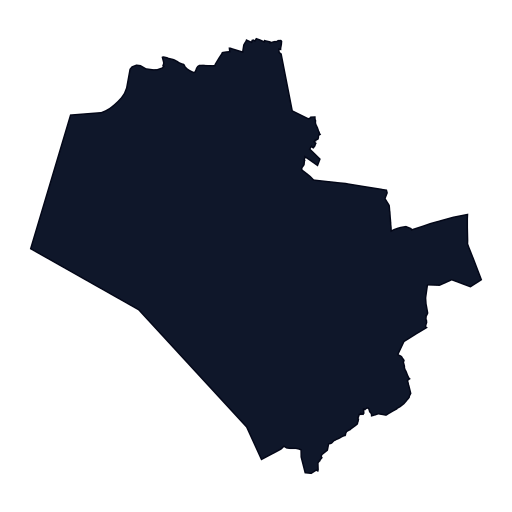 Hole nor, Buskerud, Norway (Albers equal-area conic projection)
{"feature_id": "86288312B40631627404098", "entity_name": "Hole nor", "entity_type": "district", "adm_level": 2, "iso_a3": "NOR", "parent_name": "Norway", "parent_adm1": "Buskerud", "projection": "albers", "projection_center": [10.375, 60.042], "detail": "fine", "context": "isolated", "style": "filled", "palette": "ink", "viewbox_px": 512, "rotation_deg": 0, "n_neighbors": 0, "source": "geoboundaries", "source_scale": "gbopen_adm2", "svg_char_len": 5793}
<svg xmlns="http://www.w3.org/2000/svg" viewBox="0 0 512 512"><path d="M246.7,427.0L261.5,459.4L279.8,449.7L281.0,449.0L281.9,448.2L283.9,446.2L286.7,447.9L289.8,448.3L295.3,448.3L295.8,448.3L298.6,448.9L301.1,449.8L301.2,457.0L305.2,472.7L311.2,473.3L316.2,470.1L317.8,470.9L318.1,469.8L317.9,463.4L318.0,462.8L318.5,461.9L318.9,461.7L319.0,461.5L319.1,461.3L319.2,461.1L319.7,460.9L319.9,460.6L320.1,459.8L321.9,457.7L321.7,457.3L321.5,457.1L321.1,456.3L321.4,455.5L321.8,454.8L321.9,454.5L327.3,450.2L327.4,449.9L328.6,443.8L330.5,443.5L331.6,443.0L333.9,440.6L335.0,440.2L336.1,439.5L338.1,438.7L339.9,437.8L341.7,436.7L343.9,435.7L345.1,435.5L345.4,434.9L345.6,433.6L345.8,433.0L346.4,431.8L346.6,431.5L348.8,430.2L350.0,429.7L350.4,429.3L350.8,428.9L354.6,426.1L355.2,425.7L356.9,424.3L357.3,423.9L357.5,423.2L357.5,422.8L357.5,422.6L357.4,422.3L357.4,422.2L357.7,422.1L357.9,421.9L358.0,421.7L358.0,421.1L358.2,420.6L358.2,420.0L358.4,419.5L358.5,419.1L358.4,419.0L358.0,418.8L357.9,418.5L357.9,418.1L357.9,417.9L358.6,416.7L358.4,416.2L359.0,415.2L358.9,414.7L359.0,414.4L359.3,414.4L359.5,414.3L359.9,414.4L360.1,414.3L360.8,414.2L360.8,414.3L361.0,414.3L361.0,414.1L361.2,414.3L361.3,414.3L361.6,414.1L361.8,414.1L361.7,413.9L361.9,414.0L362.1,413.9L362.2,414.1L362.8,414.3L363.1,414.3L363.3,413.8L363.4,413.6L363.6,413.3L363.8,413.2L363.8,412.9L363.8,412.7L363.6,412.6L363.6,412.2L363.7,411.8L363.7,411.3L363.5,410.8L363.4,410.6L363.5,410.3L363.5,409.7L363.6,409.4L363.5,409.0L363.7,408.9L363.8,408.9L364.1,409.1L364.3,409.1L364.6,409.5L364.8,409.6L365.0,409.3L365.4,409.1L365.8,408.7L366.5,408.3L366.9,408.1L367.4,408.1L367.7,408.0L367.9,407.8L368.0,407.8L368.8,408.8L369.2,409.9L369.5,411.0L369.7,411.7L370.3,412.4L371.3,413.5L371.5,414.2L371.6,415.8L373.5,415.3L374.6,414.9L375.7,414.7L376.0,414.5L376.2,414.4L378.2,413.8L379.1,413.8L379.7,414.0L382.9,414.5L383.9,414.7L386.0,415.1L386.5,414.8L387.5,414.2L388.6,413.4L389.6,412.9L392.8,411.0L396.7,408.9L396.7,408.5L400.1,406.6L403.9,403.6L404.3,403.1L406.4,400.7L406.7,400.2L408.1,398.7L409.1,397.4L409.4,395.9L410.7,393.4L408.8,385.7L408.5,385.0L408.1,382.9L407.4,380.5L409.1,379.1L409.6,378.8L408.9,378.1L408.7,377.9L407.4,375.1L406.5,372.7L405.9,371.2L405.2,370.0L404.9,369.5L404.8,369.2L404.7,368.7L404.4,367.6L404.3,367.3L404.4,366.9L404.4,366.3L404.3,365.8L403.3,362.0L403.4,361.7L403.8,361.1L404.0,360.8L403.8,360.3L403.6,359.7L403.4,359.4L402.4,358.3L402.0,357.5L401.6,356.8L400.7,356.1L398.6,355.1L398.2,354.8L398.1,354.7L398.0,354.0L403.9,341.5L416.3,333.7L426.5,327.6L425.8,327.1L425.7,326.7L425.6,326.1L425.8,324.9L426.6,322.4L426.4,320.2L426.2,319.9L425.9,320.0L425.8,319.9L425.7,319.8L425.7,319.6L425.9,319.2L425.9,318.4L426.0,318.0L426.0,317.8L426.0,317.5L426.0,317.1L426.1,316.8L426.0,316.5L425.9,316.1L425.8,315.7L426.1,315.4L426.5,315.5L426.9,314.7L427.1,314.3L427.5,313.5L427.6,313.0L427.6,312.8L426.2,305.0L426.0,304.2L425.6,298.2L425.7,297.0L426.0,294.8L427.3,285.6L427.6,285.1L428.1,284.8L439.5,285.2L451.7,279.7L470.4,286.7L481.3,279.7L472.9,257.7L472.5,256.9L472.2,256.0L471.1,253.3L470.9,252.7L468.8,247.5L467.5,243.9L467.6,240.6L467.3,227.5L467.3,218.8L467.5,214.5L453.3,217.3L430.5,223.6L423.1,226.2L411.6,229.9L410.9,228.6L405.9,226.6L400.6,227.5L397.8,228.3L394.2,229.6L391.2,231.1L391.1,230.1L391.0,227.5L390.6,223.7L390.7,223.2L390.5,221.4L390.4,219.8L390.3,218.8L390.1,216.7L390.1,216.4L389.9,213.6L389.8,211.9L389.6,210.9L389.4,208.0L389.3,207.0L389.1,205.4L387.9,203.4L387.5,202.8L384.9,198.6L387.1,192.9L386.8,191.7L386.4,190.2L381.7,189.5L381.2,189.3L380.4,189.2L362.7,186.4L348.0,184.0L345.6,183.5L337.9,182.8L313.6,180.1L310.3,176.7L310.1,176.5L304.6,172.1L303.9,171.6L302.6,170.6L301.7,169.8L301.8,169.0L301.7,168.6L301.8,167.9L302.2,167.2L303.5,165.5L304.0,164.6L304.2,162.7L304.4,160.9L304.7,160.4L304.2,159.8L305.0,157.4L305.0,156.7L309.7,159.9L317.5,165.4L319.9,159.1L310.7,150.1L309.6,149.2L310.6,147.5L311.4,146.2L311.5,146.4L312.4,147.3L313.0,147.7L313.4,147.8L313.6,147.4L314.8,145.9L314.9,145.7L315.1,144.7L315.8,143.3L314.6,142.3L314.1,141.8L315.1,140.2L315.7,140.7L316.2,139.6L316.7,139.6L317.8,139.2L318.2,138.3L318.4,137.3L318.4,136.2L318.7,135.2L318.8,135.1L320.1,134.4L319.2,133.1L319.2,132.4L318.3,130.7L318.0,129.5L317.7,128.8L317.4,127.8L316.9,126.9L316.7,126.2L316.3,125.8L315.9,124.6L315.6,123.9L315.3,121.6L315.6,121.0L315.0,119.3L314.9,117.0L310.8,117.2L310.6,117.9L309.7,118.2L308.4,118.9L292.2,110.9L281.1,54.0L280.2,53.3L279.8,53.0L279.2,52.6L279.1,52.1L278.8,50.1L278.9,49.1L280.6,49.4L280.6,48.6L280.7,47.6L280.9,46.7L281.2,45.0L281.4,43.9L281.4,42.8L281.6,41.7L281.5,41.4L281.3,41.0L281.1,40.8L280.9,40.6L280.5,40.5L278.8,40.7L278.4,40.7L278.2,40.6L277.1,41.4L276.2,41.7L274.8,41.6L274.3,41.7L270.2,42.8L270.3,42.4L270.2,42.0L269.6,41.8L265.1,40.8L264.6,40.6L264.1,41.9L260.0,40.0L256.3,38.7L254.9,41.1L253.4,40.1L252.2,40.4L251.6,42.4L246.5,40.1L246.1,41.3L245.0,42.9L243.8,45.0L242.7,52.1L231.9,48.8L230.6,48.3L229.8,48.2L229.4,48.2L229.8,51.7L226.3,52.0L223.0,52.5L222.6,52.6L222.4,52.7L222.3,52.8L222.0,53.3L221.9,53.9L221.9,54.0L221.0,55.1L220.1,56.5L219.1,58.0L215.2,64.5L215.0,65.7L212.5,65.8L206.3,65.7L204.8,65.6L204.1,65.4L199.4,65.5L197.8,66.5L196.6,68.3L196.2,69.6L195.1,72.0L193.9,72.6L191.9,71.8L189.2,70.4L187.1,69.0L185.0,66.9L184.2,65.1L183.5,64.4L182.0,64.0L179.5,63.0L177.5,62.0L177.6,61.7L175.6,60.7L174.6,60.1L173.0,59.5L169.2,58.6L167.9,58.3L167.5,58.0L167.1,57.8L164.9,57.3L163.5,57.0L162.8,57.1L162.4,57.3L163.7,62.3L163.7,63.7L163.0,65.7L163.9,66.3L162.4,68.0L157.2,69.8L153.3,69.9L145.9,68.9L140.4,65.7L136.5,65.2L132.1,66.9L130.1,69.3L126.7,88.0L124.5,93.5L121.5,97.9L117.8,101.8L114.2,105.1L109.9,108.5L105.7,110.9L101.4,112.7L70.6,115.1L30.7,248.7L138.7,309.7L246.7,427.0Z" fill="#0f172a" stroke="#020617" stroke-width="1.5"/></svg>